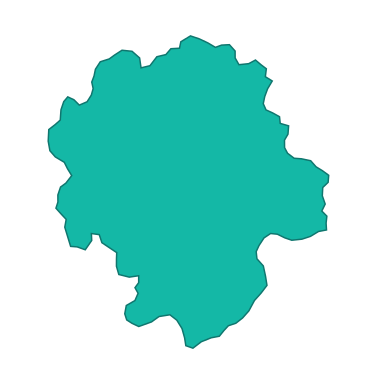 Coronel Pacheco, Minas Gerais, Brazil (Mercator projection), rotated 84°
{"feature_id": "56859067B41803653618931", "entity_name": "Coronel Pacheco", "entity_type": "district", "adm_level": 2, "iso_a3": "BRA", "parent_name": "Brazil", "parent_adm1": "Minas Gerais", "projection": "mercator", "projection_center": [-43.291, -21.602], "detail": "fine", "context": "isolated", "style": "filled", "palette": "teal", "viewbox_px": 384, "rotation_deg": 84, "n_neighbors": 0, "source": "geoboundaries", "source_scale": "gbopen_adm2", "svg_char_len": 1773}
<svg xmlns="http://www.w3.org/2000/svg" viewBox="0 0 384 384"><g transform="rotate(84 192 192)"><path d="M320.2,259.0L317.0,245.9L312.4,237.8L311.8,226.8L317.9,220.5L326.8,216.2L336.3,214.6L344.2,214.2L347.4,207.4L341.9,198.4L339.0,188.2L338.3,179.9L333.1,174.7L328.8,169.8L327.1,162.1L322.6,154.9L316.2,147.9L306.4,141.2L299.9,134.0L292.7,127.2L283.3,127.7L273.0,128.8L265.2,134.4L258.0,134.4L252.3,131.0L245.2,125.2L241.5,118.2L242.9,111.5L247.3,104.5L250.4,97.8L250.4,87.6L248.5,78.8L244.5,70.3L243.8,62.2L237.0,61.9L230.1,60.4L224.5,64.9L217.9,60.8L209.4,62.8L201.2,61.5L196.6,55.6L189.7,54.3L184.5,60.0L179.9,66.0L173.3,70.7L170.4,79.7L169.1,86.9L163.5,92.9L157.6,95.3L150.1,94.6L144.5,90.5L136.3,89.0L133.0,97.1L126.3,97.1L121.8,103.5L118.1,109.8L111.6,111.9L104.7,109.7L97.2,106.0L90.0,100.6L85.0,107.0L77.2,105.2L72.9,109.8L67.4,115.1L70.3,122.2L70.3,132.0L63.2,135.1L56.3,134.4L49.4,139.4L49.0,147.2L50.6,153.6L45.4,160.6L40.5,168.7L36.6,177.2L41.4,187.4L47.7,189.4L47.3,198.0L52.6,203.6L53.8,212.8L62.0,220.6L63.2,229.7L53.2,230.1L45.8,236.9L43.7,246.8L47.7,254.7L51.0,260.4L52.9,269.6L59.8,275.2L66.4,277.3L72.2,280.2L78.8,279.5L85.1,282.0L91.3,286.9L93.8,295.0L88.0,299.7L84.4,305.6L88.7,310.1L96.5,313.7L106.7,315.5L110.7,321.1L114.9,327.9L126.4,329.7L136.1,329.0L142.8,324.3L149.1,315.9L156.0,313.3L163.1,309.9L170.0,316.5L173.3,322.2L180.9,325.7L188.0,326.4L193.9,329.0L200.4,324.3L206.1,320.0L213.7,322.2L225.1,320.0L233.4,318.4L234.6,311.9L238.3,304.2L229.7,296.8L222.8,296.4L224.7,288.7L233.0,286.9L239.5,279.1L244.4,273.2L250.7,274.1L258.0,274.9L266.4,273.4L270.1,263.3L269.7,253.8L276.6,254.5L281.2,258.7L287.1,256.2L294.0,260.1L298.0,269.2L306.1,271.6L312.4,270.3L316.4,265.3L320.2,259.0Z" fill="#14b8a6" stroke="#0f766e" stroke-width="1.5"/></g></svg>